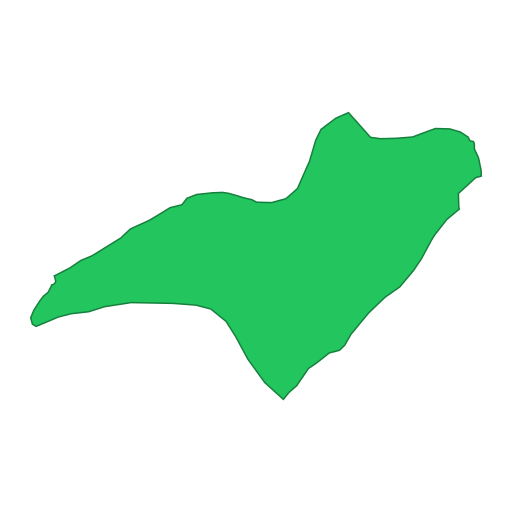 Wukari, Taraba, Nigeria
{"feature_id": "59680162B18982121994254", "entity_name": "Wukari", "entity_type": "district", "adm_level": 2, "iso_a3": "NGA", "parent_name": "Nigeria", "parent_adm1": "Taraba", "projection": "robinson", "projection_center": [9.844, 7.955], "detail": "fine", "context": "isolated", "style": "filled", "palette": "green", "viewbox_px": 512, "rotation_deg": 0, "n_neighbors": 0, "source": "geoboundaries", "source_scale": "gbopen_adm2", "svg_char_len": 2468}
<svg xmlns="http://www.w3.org/2000/svg" viewBox="0 0 512 512"><path d="M459.3,209.1L458.8,206.8L458.4,193.5L475.6,177.7L481.3,176.1L481.2,173.5L481.2,172.2L481.1,170.6L480.9,169.3L480.4,167.0L478.9,159.6L478.8,159.2L478.5,157.9L476.9,154.3L476.1,152.5L475.8,152.1L474.4,148.9L474.4,144.9L474.0,142.6L473.1,141.4L470.1,140.9L469.3,139.4L468.0,137.0L466.4,136.0L464.2,134.5L463.4,134.0L460.1,131.9L455.9,130.7L451.4,129.4L450.0,129.0L449.7,128.9L446.2,128.8L438.7,128.6L435.4,128.5L432.2,129.7L431.8,129.8L412.5,137.0L396.1,138.3L388.2,138.5L385.8,138.6L383.3,138.6L380.7,138.7L379.5,138.6L377.9,138.3L370.6,137.4L369.1,135.8L367.2,133.6L365.7,131.9L363.0,128.9L357.6,122.8L355.7,120.6L352.7,117.4L352.4,117.0L352.1,116.7L348.5,112.6L347.4,113.1L338.5,117.0L335.7,118.3L328.7,123.6L326.5,125.2L323.6,127.5L321.1,129.3L315.8,140.0L309.5,161.3L303.3,175.2L297.5,188.5L291.8,193.6L287.9,197.0L287.0,197.7L285.8,198.7L282.2,199.7L279.2,200.5L271.6,202.6L268.3,202.5L256.6,202.2L251.9,199.7L244.2,197.9L235.3,195.2L228.5,193.3L222.5,192.4L212.4,192.8L196.6,194.5L186.9,198.3L182.0,204.7L170.0,207.7L162.5,212.4L149.0,220.5L135.5,226.6L130.3,229.0L120.9,237.9L112.2,243.3L109.7,244.9L106.1,247.1L104.4,248.1L101.0,250.3L92.0,255.8L80.8,260.5L69.5,268.2L65.6,270.1L57.1,274.5L56.5,274.8L54.2,275.9L54.9,277.7L55.7,281.1L55.2,282.8L53.9,284.1L52.6,284.7L51.7,284.9L51.0,286.8L48.1,292.3L47.9,292.5L43.4,296.2L39.8,300.9L33.9,310.1L30.7,317.8L32.4,324.2L36.1,326.4L45.9,322.3L52.5,319.5L58.3,317.0L71.3,313.7L87.3,311.9L88.9,311.7L104.5,306.7L127.9,303.1L131.1,302.6L136.6,302.7L169.1,303.3L172.9,303.4L195.9,305.1L198.1,305.7L201.2,306.5L210.8,309.0L226.1,321.4L235.9,337.0L243.7,351.5L247.9,359.2L251.4,364.1L258.5,373.9L260.9,377.2L264.7,382.5L283.4,399.4L288.9,392.5L289.9,391.6L296.7,385.7L298.4,383.2L300.9,379.5L302.6,377.1L304.5,374.3L306.5,371.4L308.3,368.6L314.2,364.6L317.2,362.5L329.3,352.9L331.3,352.4L334.6,351.6L337.1,350.9L339.5,350.3L340.1,349.7L344.7,345.2L345.1,344.5L349.1,337.6L351.1,334.1L354.7,329.8L356.4,327.8L358.8,324.8L361.3,321.8L363.8,318.8L368.7,312.9L385.2,297.1L391.3,292.9L392.5,292.0L399.8,286.9L402.2,284.0L406.5,278.9L408.4,276.6L410.6,274.0L413.7,270.3L415.3,267.9L417.2,265.0L420.3,260.6L421.2,259.2L422.2,257.4L425.4,251.4L427.3,247.8L429.3,244.2L431.4,240.3L432.1,239.1L434.5,235.2L436.3,232.9L437.5,231.4L440.1,228.0L443.5,223.7L445.6,221.0L446.7,219.6L448.5,218.1L459.3,209.1Z" fill="#22c55e" stroke="#15803d" stroke-width="1.5"/></svg>